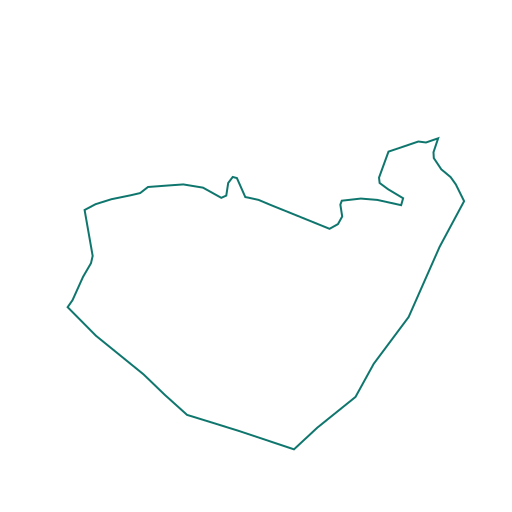 the district of Bérmo, Maradi, Niger, rotated 200°
{"feature_id": "23599985B15241034776795", "entity_name": "Bérmo", "entity_type": "district", "adm_level": 2, "iso_a3": "NER", "parent_name": "Niger", "parent_adm1": "Maradi", "projection": "albers", "projection_center": [6.974, 15.013], "detail": "fine", "context": "isolated", "style": "outline", "palette": "teal", "viewbox_px": 512, "rotation_deg": 200, "n_neighbors": 0, "source": "geoboundaries", "source_scale": "gbopen_adm2", "svg_char_len": 863}
<svg xmlns="http://www.w3.org/2000/svg" viewBox="0 0 512 512"><g transform="rotate(200 256 256)"><path d="M86.6,327.4L79.2,378.7L92.7,391.6L100.1,396.7L111.5,400.8L122.4,408.8L124.7,414.2L125.1,428.9L135.1,420.8L142.6,419.1L167.2,399.4L167.2,371.7L164.8,366.9L154.7,363.9L137.5,360.6L137.0,353.4L161.2,350.2L177.2,345.8L194.3,337.3L194.3,333.1L188.5,322.6L189.9,314.0L196.2,306.7L260.7,309.0L272.8,309.6L283.3,308.2L286.2,307.7L300.6,322.7L304.9,322.3L307.1,315.1L304.6,302.6L308.5,298.8L329.2,302.1L348.8,298.4L362.7,292.2L381.1,283.9L386.4,275.5L394.7,270.1L411.3,259.9L424.5,249.8L432.8,240.6L409.5,200.2L408.6,192.8L411.4,177.3L413.3,151.8L415.5,143.5L379.1,126.3L321.2,106.3L294.4,94.4L266.4,83.1L257.2,83.6L252.8,83.8L213.6,85.7L154.2,87.3L139.6,115.8L114.3,157.6L108.5,195.0L91.7,250.9L86.6,327.4Z" fill="none" stroke="#0f766e" stroke-width="2"/></g></svg>